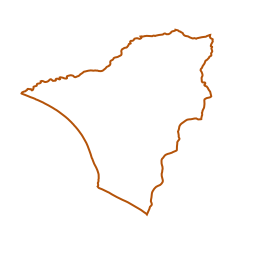 Tilomar, Cova Lima, East Timor (Equal Earth projection), rotated 80°
{"feature_id": "22284137B39285760424005", "entity_name": "Tilomar", "entity_type": "district", "adm_level": 2, "iso_a3": "TLS", "parent_name": "East Timor", "parent_adm1": "Cova Lima", "projection": "equal_earth", "projection_center": [125.135, -9.378], "detail": "fine", "context": "isolated", "style": "outline", "palette": "amber", "viewbox_px": 256, "rotation_deg": 80, "n_neighbors": 0, "source": "geoboundaries", "source_scale": "gbopen_adm2", "svg_char_len": 5628}
<svg xmlns="http://www.w3.org/2000/svg" viewBox="0 0 256 256"><g transform="rotate(80 128 128)"><path d="M39.5,64.2L39.9,64.3L40.1,64.5L40.3,65.0L40.5,66.3L40.5,67.5L40.8,68.4L41.1,68.8L41.7,69.4L42.0,69.9L42.6,71.6L42.6,72.1L42.3,73.8L41.4,75.0L41.3,75.3L41.4,76.3L41.6,76.8L41.9,77.2L42.0,77.6L41.8,80.9L41.8,82.1L41.9,84.5L42.1,85.4L41.8,85.8L41.5,86.5L41.5,87.3L41.8,88.2L40.5,93.6L40.5,94.6L40.4,95.6L40.5,96.4L40.5,97.5L40.4,98.0L40.2,98.5L40.1,99.0L40.1,99.7L41.4,99.1L41.8,99.4L42.2,100.5L42.2,101.2L41.2,103.3L41.1,104.3L41.2,106.1L42.4,107.2L42.6,107.6L42.8,108.0L42.9,108.7L42.7,110.0L43.1,110.7L43.4,110.9L43.9,111.0L44.9,110.7L45.2,110.7L45.3,110.9L45.5,112.6L46.9,113.4L47.1,113.6L47.3,114.0L48.3,115.0L48.5,115.6L48.5,116.8L48.5,117.4L48.6,118.0L48.9,118.4L49.3,119.8L49.6,120.3L50.5,121.0L51.3,121.3L52.9,121.3L54.3,121.6L54.8,121.9L55.1,122.3L55.7,124.0L55.7,124.3L56.1,125.3L56.3,126.7L56.3,128.3L56.4,128.8L56.5,129.4L56.8,130.0L57.8,130.7L58.2,131.4L58.7,133.0L59.1,133.6L59.8,134.0L60.1,134.1L61.0,134.1L61.8,134.2L62.7,134.8L63.1,135.2L63.2,135.5L63.3,136.0L63.6,136.2L64.1,138.2L64.5,138.8L65.6,140.0L65.8,140.6L66.6,141.9L66.7,142.1L67.2,143.1L67.3,144.7L66.9,146.7L66.4,147.7L66.2,148.0L65.9,149.6L65.6,150.3L65.6,151.7L65.4,152.7L65.2,153.1L64.8,154.8L64.7,157.1L64.8,159.1L64.9,160.1L64.9,161.2L65.0,161.8L65.3,162.2L65.7,163.0L66.0,163.5L66.3,164.2L66.4,164.4L66.6,164.9L66.9,165.7L67.6,166.5L67.9,167.0L68.3,168.1L68.3,168.7L68.7,170.2L68.8,171.2L68.5,171.8L67.9,172.4L67.1,172.9L66.7,173.6L66.1,175.1L66.1,175.4L66.1,176.4L66.3,178.5L66.4,178.9L66.6,179.2L66.8,179.3L68.2,179.4L68.4,179.5L68.6,180.3L68.0,182.2L67.2,183.4L66.3,185.8L66.4,186.5L66.9,186.6L68.1,186.5L68.2,186.8L68.2,187.1L67.8,187.8L67.3,188.5L67.1,189.8L67.1,190.2L67.5,190.7L68.5,190.8L68.7,191.1L68.8,191.6L68.6,192.8L68.6,193.4L68.5,193.8L67.5,194.6L66.9,195.1L66.6,195.5L66.6,195.8L66.8,196.7L68.0,198.3L68.1,198.9L68.3,199.2L68.4,200.3L68.4,200.9L68.3,201.7L68.1,202.2L67.5,203.0L67.2,203.4L66.7,204.6L66.7,204.9L66.9,205.9L68.0,205.9L68.4,206.4L68.6,207.0L68.7,207.8L68.7,209.5L68.8,209.8L69.3,210.2L69.7,210.3L70.4,210.5L70.7,211.3L70.7,211.8L70.8,213.0L71.0,213.8L72.5,214.2L73.3,214.6L73.8,215.0L74.1,215.4L74.2,215.6L74.2,216.2L74.0,216.4L73.3,216.3L73.1,216.6L72.9,216.9L72.6,218.4L72.1,219.7L72.2,220.2L73.0,220.8L73.4,221.9L73.8,222.3L74.0,222.8L74.0,223.7L74.4,225.5L74.7,226.3L75.1,226.6L75.5,226.7L75.6,226.8L75.7,226.7L76.5,225.4L77.5,223.7L80.0,219.7L80.5,219.0L82.0,216.3L83.2,214.4L83.8,213.8L84.7,212.2L88.3,207.0L89.1,206.1L92.0,202.3L92.6,201.6L95.0,198.7L97.1,196.4L97.9,195.4L100.0,193.3L104.1,189.5L106.2,187.6L108.5,185.7L112.5,182.8L114.1,181.8L114.9,181.2L116.2,180.5L117.7,179.5L120.3,178.0L122.6,176.8L125.1,175.6L126.5,174.9L128.5,174.1L131.3,173.1L132.1,172.8L135.6,171.6L138.9,170.8L140.6,170.5L142.7,170.1L147.4,169.3L150.2,169.0L151.5,168.8L152.2,168.5L154.0,168.2L157.4,167.5L161.4,166.2L164.3,165.5L167.2,165.1L168.7,165.0L172.6,165.6L173.8,166.1L174.9,166.2L176.0,166.6L176.6,167.1L177.3,167.3L178.2,167.2L179.2,167.3L179.7,167.5L180.3,168.1L181.5,167.5L182.1,167.0L183.8,164.2L186.7,160.2L187.6,159.0L188.0,158.3L190.8,155.1L194.0,151.1L194.8,150.0L196.4,147.8L197.5,146.3L198.0,145.6L199.6,143.2L201.1,141.1L204.2,137.4L207.1,134.0L209.8,130.8L211.1,129.3L213.9,126.6L215.3,125.1L216.5,124.4L211.1,120.8L210.5,120.6L209.4,120.0L208.3,118.4L207.6,117.9L207.0,117.8L206.1,117.8L204.8,118.1L204.2,118.2L202.7,117.8L200.3,116.9L197.5,116.1L196.2,115.7L194.8,114.9L192.5,112.8L191.5,111.5L190.8,110.4L190.2,108.5L189.9,107.2L189.7,106.4L189.4,105.8L188.5,104.5L187.3,103.4L186.9,103.1L185.6,102.8L181.1,103.1L178.9,102.8L177.7,102.2L176.3,101.7L175.4,101.5L174.3,101.0L172.2,100.8L170.3,101.0L168.8,101.1L166.1,100.7L165.2,100.4L164.3,99.8L163.5,98.7L161.9,97.0L161.4,96.4L161.0,95.6L160.7,94.7L160.4,93.2L160.3,91.7L160.0,89.6L159.8,88.7L159.5,87.9L158.8,84.7L158.5,84.0L158.1,83.7L154.7,83.0L152.0,82.2L150.8,82.0L150.2,81.7L149.6,81.1L148.8,80.3L148.3,79.6L147.6,79.2L147.1,79.2L146.2,79.5L145.3,79.6L143.9,79.3L141.1,79.3L140.7,79.4L140.2,79.4L139.5,78.9L138.0,78.1L135.3,77.1L134.5,76.4L133.7,75.7L132.9,74.5L132.2,73.0L130.7,69.9L130.1,68.2L130.1,67.5L130.1,66.2L130.3,64.8L130.3,62.9L130.2,61.2L130.3,59.9L130.5,59.0L131.5,57.8L131.7,57.4L131.9,56.1L132.0,55.1L132.0,54.3L131.1,54.1L130.3,53.8L128.7,53.1L128.1,52.7L126.9,52.5L126.0,52.6L125.5,52.2L124.6,51.8L123.8,51.5L121.5,49.8L120.7,49.4L119.7,49.1L117.6,48.5L113.9,48.0L113.1,47.6L112.6,46.6L112.4,45.9L112.2,45.3L112.1,42.8L112.0,41.9L111.6,40.9L111.2,40.5L106.5,40.8L104.1,42.0L102.8,42.3L101.5,42.9L100.8,43.3L99.8,44.9L99.2,45.3L98.8,45.3L98.5,44.9L98.2,44.5L97.6,44.2L97.2,44.1L96.7,44.3L96.4,44.8L96.3,45.6L96.1,46.4L95.9,46.8L95.0,47.2L91.7,46.9L91.1,46.7L89.5,45.6L88.8,45.4L87.8,45.4L85.9,45.7L84.9,46.1L83.8,46.5L82.7,46.1L81.5,44.6L80.2,43.9L79.7,43.4L77.8,41.5L75.4,40.1L75.1,39.8L75.0,39.3L74.4,38.0L73.4,36.8L73.1,36.2L72.7,35.9L72.2,35.7L71.9,35.3L71.6,34.5L71.3,33.7L71.1,33.4L70.8,33.3L69.9,33.2L69.4,33.3L68.8,33.1L67.7,32.1L67.1,31.7L66.6,31.7L64.6,32.0L64.1,32.0L62.9,31.1L62.6,31.1L62.4,31.5L62.2,31.9L61.8,32.2L61.2,32.1L59.9,31.4L57.9,29.8L57.5,29.5L57.1,29.5L56.7,29.6L55.6,29.2L55.3,29.2L53.9,31.0L53.4,31.3L52.8,31.4L52.1,31.5L50.6,30.9L50.6,31.6L50.9,32.4L51.1,34.2L51.4,34.8L51.6,35.5L51.6,36.1L51.5,37.1L51.4,39.6L51.6,44.5L51.9,45.3L51.3,46.4L51.0,47.1L51.1,48.5L50.7,49.4L49.3,51.7L48.7,52.3L48.2,53.0L47.3,55.4L46.7,56.3L46.0,56.9L45.2,57.3L43.9,57.7L43.6,58.1L43.1,58.8L42.7,59.3L42.3,59.5L41.7,60.8L41.5,61.0L40.9,61.5L40.5,61.9L39.5,64.2Z" fill="none" stroke="#b45309" stroke-width="2"/></g></svg>